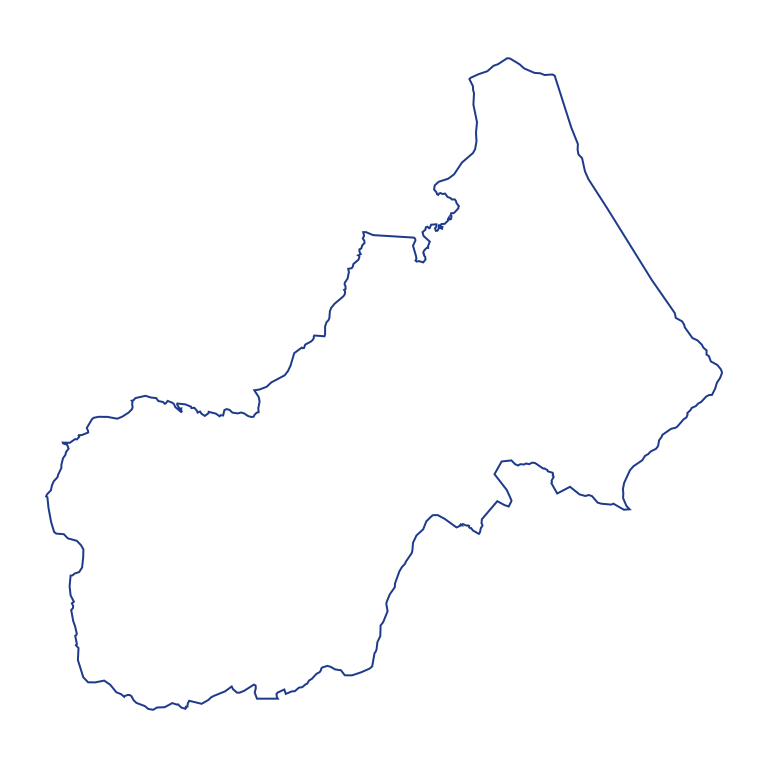 Praid, Harghita, Romania
{"feature_id": "2599482B16532186866863", "entity_name": "Praid", "entity_type": "district", "adm_level": 2, "iso_a3": "ROU", "parent_name": "Romania", "parent_adm1": "Harghita", "projection": "albers", "projection_center": [25.2, 46.586], "detail": "fine", "context": "isolated", "style": "outline", "palette": "blue", "viewbox_px": 768, "rotation_deg": 0, "n_neighbors": 0, "source": "geoboundaries", "source_scale": "gbopen_adm2", "svg_char_len": 6044}
<svg xmlns="http://www.w3.org/2000/svg" viewBox="0 0 768 768"><path d="M88.1,682.3L95.1,682.4L104.2,680.6L110.2,684.7L116.4,692.3L121.1,694.2L124.2,696.8L124.5,696.1L127.7,695.0L129.6,695.0L131.4,696.1L133.6,700.2L136.4,702.9L144.9,706.1L148.2,708.9L153.1,709.8L157.1,707.5L164.7,707.2L172.3,703.1L177.1,704.7L177.9,704.3L181.3,707.5L185.4,708.8L185.7,708.4L185.2,708.1L186.1,706.6L187.4,706.7L187.8,703.5L189.2,700.8L201.6,703.8L208.5,699.9L211.0,697.4L213.8,695.9L225.0,691.4L231.7,686.5L233.1,689.3L236.9,692.6L239.5,692.7L244.0,690.9L253.9,684.6L255.6,685.6L255.8,688.1L254.7,692.6L257.0,698.7L277.8,698.7L276.9,697.3L276.5,693.9L277.8,692.5L284.3,689.5L285.8,693.9L291.8,691.4L294.8,691.2L299.0,687.6L302.2,687.2L305.5,684.4L307.2,683.6L309.1,680.5L312.0,678.7L316.5,673.8L319.6,672.2L320.9,670.3L321.3,668.5L322.4,667.4L327.3,665.9L330.6,666.8L335.1,669.4L341.0,670.3L344.7,675.2L346.3,675.3L352.1,675.3L361.2,672.3L369.6,668.6L372.2,666.4L374.5,653.3L375.8,651.5L376.6,649.1L377.4,642.1L380.3,636.1L380.6,625.4L383.1,622.3L387.6,611.2L386.3,603.9L386.6,602.1L389.8,594.3L394.8,587.2L395.0,583.5L399.4,571.3L401.9,567.1L405.3,563.4L405.5,562.2L411.7,553.1L412.4,550.4L413.0,542.8L416.5,535.4L423.2,529.3L426.3,521.4L431.2,516.5L432.8,515.2L437.7,515.1L444.6,518.8L456.5,527.4L459.8,526.0L460.2,525.1L460.8,525.3L460.9,524.5L461.9,525.0L461.7,524.5L463.0,524.1L466.4,525.6L468.2,525.4L468.9,525.8L468.6,526.1L469.1,527.2L470.2,528.2L471.2,528.1L472.8,530.4L478.9,533.9L479.9,532.4L480.9,528.0L482.4,525.9L482.4,524.8L481.5,523.1L481.9,519.2L497.3,501.2L504.5,505.1L508.7,506.5L511.1,501.8L511.5,500.4L506.8,490.0L494.5,474.2L501.6,461.5L511.4,460.4L515.1,464.2L518.1,465.5L520.3,464.2L524.0,464.5L526.1,463.5L529.0,464.2L532.4,462.6L535.2,463.1L543.3,468.6L544.3,468.4L547.3,470.0L547.8,471.3L552.7,472.8L553.1,474.6L552.7,475.5L553.7,476.9L551.6,480.6L551.9,482.4L551.4,483.2L557.2,493.5L570.0,486.8L579.5,494.4L585.4,496.0L588.8,495.0L592.1,496.2L597.6,502.6L601.3,503.7L611.2,504.6L613.4,503.7L623.9,509.7L629.6,509.3L626.4,505.9L623.1,498.1L623.3,492.7L622.9,489.3L624.1,483.0L629.9,470.3L633.4,466.3L642.2,460.3L645.1,455.8L648.2,454.1L650.6,451.5L656.0,448.8L658.1,446.0L659.1,440.3L661.6,436.9L662.3,434.9L671.1,428.8L675.7,427.7L677.3,426.6L683.6,419.3L686.4,417.5L687.6,414.5L687.3,413.1L690.6,410.0L691.6,408.0L695.9,406.0L698.2,403.5L701.1,402.0L706.2,396.6L708.9,395.1L712.0,394.9L715.1,388.7L716.9,382.8L720.1,377.9L721.9,373.3L721.9,372.1L720.9,369.4L717.4,365.0L710.8,361.4L708.9,356.1L706.5,354.6L706.6,350.4L703.4,347.7L701.8,344.6L697.4,340.3L692.5,338.1L684.7,327.2L684.1,324.5L682.0,321.3L675.8,317.9L674.8,313.1L651.8,280.0L606.9,207.8L588.4,179.1L584.9,171.1L582.1,158.2L578.5,154.5L577.6,149.7L577.9,144.1L571.2,127.3L554.7,75.7L552.5,74.5L544.6,75.0L540.3,73.3L534.5,72.9L524.1,68.4L519.7,64.4L510.0,58.5L507.2,58.2L498.0,64.2L493.5,65.8L487.4,71.2L478.5,74.2L470.5,77.9L469.4,79.1L472.9,86.1L473.1,89.8L474.0,93.4L473.4,104.7L477.0,122.1L476.0,133.0L476.5,141.2L475.1,149.2L473.0,153.0L461.9,162.6L454.1,174.3L448.2,178.7L438.6,181.8L434.7,185.4L434.1,189.5L436.4,192.3L437.2,194.4L438.2,194.9L439.2,193.5L440.4,193.0L442.4,194.0L445.1,193.6L447.6,197.0L450.4,198.0L452.0,199.5L454.7,199.4L455.9,200.9L456.6,203.3L458.9,206.1L458.4,207.0L458.4,208.2L455.0,212.0L453.4,213.2L451.2,213.2L450.4,215.6L451.5,216.1L451.0,219.0L449.6,219.5L448.9,217.6L447.9,219.3L447.8,220.8L444.6,223.9L441.5,224.0L440.7,225.2L438.9,225.3L439.0,226.9L442.4,226.9L442.1,228.7L439.1,227.7L437.5,230.7L435.8,230.8L435.0,228.2L436.5,226.7L436.4,224.3L431.1,224.7L429.8,228.0L429.1,228.3L427.4,226.7L425.8,227.3L425.5,229.6L422.5,232.2L423.6,236.0L429.8,241.6L428.1,246.1L428.1,247.9L427.0,247.7L424.7,249.8L423.4,251.9L423.4,253.5L424.1,254.1L424.1,255.6L425.2,256.8L425.5,259.6L423.2,262.4L418.9,261.1L416.8,261.6L415.5,260.6L416.4,258.9L416.1,256.4L413.0,245.7L415.4,240.5L415.2,238.8L413.9,237.6L373.1,235.1L365.9,232.1L363.2,232.2L364.1,235.8L362.8,238.5L364.3,240.7L364.5,243.1L362.3,245.2L361.3,248.4L359.4,249.4L359.5,251.8L360.7,254.1L358.2,255.3L359.2,255.9L359.4,257.2L358.4,259.8L353.4,264.0L352.8,266.6L351.7,268.2L348.2,268.8L348.9,272.1L347.6,278.5L344.8,282.7L344.6,284.6L345.5,286.1L345.6,288.9L344.1,289.9L345.1,291.2L344.8,294.3L343.3,296.4L334.6,303.7L331.2,307.9L329.9,311.1L329.4,318.0L328.4,320.3L326.6,322.1L325.1,326.3L325.1,334.3L324.5,336.3L314.3,335.5L313.8,336.2L313.8,338.0L312.8,339.9L310.7,341.7L305.2,344.6L304.0,348.0L302.5,348.2L301.7,347.6L294.2,353.2L290.5,365.7L288.0,371.0L284.7,375.3L271.3,382.4L266.6,386.8L259.5,389.5L254.3,390.3L258.7,397.0L259.6,401.5L258.3,408.2L258.6,412.2L256.7,412.7L254.7,414.6L253.6,416.7L251.5,417.0L248.2,416.1L243.9,413.3L241.1,412.5L237.8,413.4L232.4,412.6L229.4,409.8L226.5,409.1L224.4,410.1L223.1,415.5L220.6,415.2L219.6,416.3L216.0,413.7L208.7,411.8L208.4,413.3L204.8,415.9L201.6,413.8L200.0,411.5L197.6,412.6L197.1,411.0L194.4,407.8L191.4,408.1L191.0,406.7L185.4,404.4L177.4,403.5L177.1,404.6L179.6,408.7L181.3,408.4L181.0,409.9L181.7,411.5L181.1,412.0L175.3,407.1L173.9,404.0L172.4,402.8L167.7,400.9L165.5,403.6L164.6,403.7L163.0,402.0L158.3,401.0L156.2,398.1L150.8,397.5L145.5,395.8L135.4,398.1L133.4,400.3L131.7,400.7L132.5,402.1L132.1,404.2L132.6,407.1L132.1,409.0L128.6,412.6L122.2,416.7L117.3,418.7L107.5,416.9L98.6,416.8L93.7,417.8L91.9,419.3L86.8,428.0L88.1,431.0L88.2,432.5L81.7,435.1L78.9,435.1L78.6,435.5L79.2,436.9L76.9,439.4L75.1,439.1L69.8,442.8L62.8,442.6L63.1,443.4L67.1,444.7L68.6,448.6L65.9,452.3L65.5,454.7L63.0,458.3L61.4,464.7L61.3,468.1L58.1,474.8L57.5,477.2L53.7,481.3L51.9,485.5L50.9,490.3L47.1,494.3L46.1,496.3L47.4,497.3L48.5,507.9L51.1,522.0L54.1,531.9L56.2,533.6L63.8,534.2L67.9,538.4L76.8,540.8L81.0,545.2L83.4,549.4L83.2,557.2L82.1,567.5L79.1,572.1L74.9,573.4L72.4,575.4L70.6,575.6L69.6,586.3L70.6,595.4L73.9,601.7L71.9,603.3L73.2,606.2L72.9,608.2L71.2,610.0L73.2,621.0L75.0,626.1L76.8,633.6L76.3,635.1L75.2,635.9L76.9,644.1L75.9,645.2L78.5,648.1L77.9,660.1L83.3,677.3L88.1,682.3Z" fill="none" stroke="#1e3a8a" stroke-width="2"/></svg>